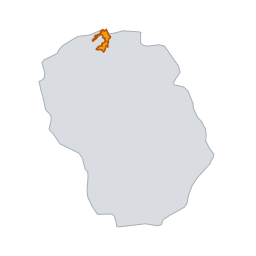 location of Debar, Debar, North Macedonia, rotated 81°
{"feature_id": "65306769B94389460478239", "entity_name": "Debar", "entity_type": "district", "adm_level": 2, "iso_a3": "MKD", "parent_name": "North Macedonia", "parent_adm1": "Debar", "projection": "orthographic", "projection_center": [20.543, 41.495], "detail": "fine", "context": "in_parent", "style": "filled", "palette": "amber", "viewbox_px": 256, "rotation_deg": 81, "n_neighbors": 0, "source": "geoboundaries", "source_scale": "gbopen_adm2", "svg_char_len": 2920}
<svg xmlns="http://www.w3.org/2000/svg" viewBox="0 0 256 256"><g transform="rotate(81 128 128)"><path d="M114.3,59.9L118.7,60.4L128.2,57.6L134.0,53.8L137.0,53.2L141.0,51.6L146.8,51.8L152.7,53.3L160.1,51.0L167.3,47.4L170.2,48.2L173.4,51.1L175.6,51.9L188.0,67.4L194.8,73.6L202.8,78.3L211.8,81.6L215.1,84.9L221.3,101.6L224.2,107.9L228.1,109.7L229.0,111.5L229.3,113.9L225.3,125.9L224.3,152.4L223.3,154.5L218.8,154.5L212.8,155.3L210.5,157.4L208.5,171.7L198.9,176.0L190.2,178.5L182.7,178.1L169.6,175.0L165.4,174.7L161.8,176.7L150.2,177.9L145.1,180.5L133.3,197.4L121.2,203.3L117.1,206.2L107.8,202.6L103.3,202.3L96.9,206.6L82.8,207.2L78.9,207.9L68.0,208.6L67.6,206.4L65.6,203.0L60.5,201.5L50.1,202.8L47.6,200.4L43.3,186.3L39.9,184.0L36.2,179.2L29.9,163.9L29.8,157.1L30.2,151.3L26.7,137.5L28.9,134.0L32.1,131.8L32.1,126.2L31.2,117.8L35.0,101.3L36.1,100.1L37.0,100.9L46.2,102.2L48.6,100.1L50.1,96.8L50.6,84.7L52.8,79.1L74.9,68.4L81.4,67.9L86.4,72.8L90.4,75.9L92.8,75.8L93.6,72.6L96.3,66.5L100.8,63.0L114.2,59.9L114.3,59.9Z" fill="#d9dde1" stroke="#a8b0b8" stroke-width="1"/><path d="M49.0,140.4L48.6,139.5L46.4,138.0L46.0,138.1L43.5,136.8L43.4,136.4L43.6,136.0L44.9,135.3L44.8,135.1L42.6,135.2L42.0,135.0L41.7,134.5L40.6,134.4L40.2,133.8L39.7,134.4L36.5,132.6L36.1,132.1L36.1,131.4L35.3,131.0L34.6,131.5L34.0,131.7L33.6,132.0L33.3,132.2L33.0,132.4L32.9,132.6L32.6,132.8L32.0,132.9L31.5,132.9L31.0,133.0L30.2,133.3L29.6,133.5L29.2,133.5L28.6,133.5L28.4,133.5L28.2,133.6L27.8,133.8L27.3,134.0L27.5,134.4L27.9,135.0L28.1,135.3L28.4,135.6L28.7,136.1L28.7,136.3L28.3,136.7L28.2,136.7L27.7,136.7L27.2,137.2L27.1,137.3L27.1,137.5L27.1,137.8L27.1,138.0L27.2,138.3L27.3,138.4L27.9,138.8L28.2,138.9L28.3,138.9L28.5,138.7L28.9,138.9L29.0,138.9L29.0,139.0L28.7,139.3L28.5,139.5L28.3,139.8L28.4,140.1L28.5,140.2L29.3,140.3L29.9,140.4L30.0,140.5L30.3,140.6L30.4,140.8L30.5,140.9L30.5,141.0L30.7,141.4L30.9,142.0L31.1,142.3L31.0,142.5L31.0,142.8L31.0,143.1L31.0,143.4L31.3,144.0L31.4,144.3L31.7,144.7L31.8,144.9L31.8,145.1L31.7,145.2L31.5,145.3L31.4,145.4L31.4,145.7L31.7,146.1L31.9,146.3L32.1,146.4L32.8,146.3L33.0,146.4L33.3,146.5L33.8,146.4L33.9,146.5L34.0,146.7L34.0,146.8L34.0,147.1L34.1,147.6L35.4,148.6L35.5,148.9L35.5,149.0L35.6,149.4L36.7,149.1L36.7,148.7L36.1,148.1L34.8,145.4L34.0,145.5L33.9,144.9L33.5,145.3L33.2,144.6L32.6,144.8L33.2,144.3L32.6,143.8L32.9,143.6L32.7,143.1L32.3,142.9L32.1,143.0L31.8,141.1L31.1,140.0L31.6,139.4L32.6,138.7L33.7,138.3L34.7,138.7L35.3,138.4L35.4,138.0L35.6,137.9L36.0,137.6L35.5,137.0L35.8,136.5L36.2,136.5L36.4,136.9L37.2,137.0L37.4,136.9L38.1,137.1L38.6,137.0L38.9,136.3L39.8,137.9L40.2,139.2L40.1,139.7L40.5,140.6L41.1,140.8L41.5,140.5L42.0,140.7L42.8,140.6L42.5,142.8L42.9,144.2L43.1,144.6L43.8,144.7L43.7,145.2L44.0,145.3L44.2,146.0L45.3,147.0L45.8,146.4L45.8,145.4L46.2,144.6L46.3,142.6L46.8,141.6L47.0,141.2L47.6,141.2L49.0,140.4Z" fill="#f59e0b" stroke="#b45309" stroke-width="1.5"/></g></svg>